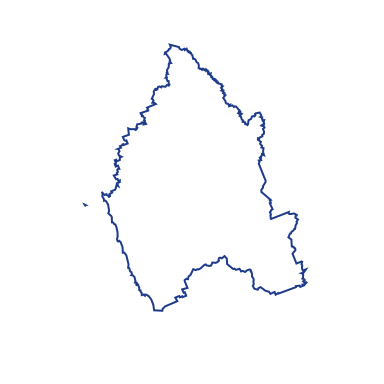 the district of Clarence Valley, New South Wales, Australia, rotated 149°
{"feature_id": "25037944B11916296746250", "entity_name": "Clarence Valley", "entity_type": "district", "adm_level": 2, "iso_a3": "AUS", "parent_name": "Australia", "parent_adm1": "New South Wales", "projection": "robinson", "projection_center": [152.635, -29.694], "detail": "fine", "context": "isolated", "style": "outline", "palette": "blue", "viewbox_px": 384, "rotation_deg": 149, "n_neighbors": 0, "source": "geoboundaries", "source_scale": "gbopen_adm2", "svg_char_len": 6084}
<svg xmlns="http://www.w3.org/2000/svg" viewBox="0 0 384 384"><g transform="rotate(149 192 192)"><path d="M135.1,329.7L135.5,327.3L136.7,326.2L138.4,326.3L139.2,325.5L141.0,325.3L143.2,325.5L144.2,324.4L143.0,324.2L142.6,317.9L142.9,316.1L143.8,315.7L143.5,313.3L145.6,314.1L147.7,311.0L150.8,309.3L151.4,307.3L152.0,307.3L151.9,305.7L152.8,306.2L153.7,305.7L154.8,303.6L155.5,303.5L154.7,302.9L155.5,302.1L155.9,299.9L154.9,299.1L156.3,296.7L156.0,295.9L157.1,295.6L156.5,294.5L158.5,296.6L160.6,295.9L163.2,298.1L164.5,297.5L165.4,299.1L167.1,299.5L168.9,297.8L169.5,298.1L169.0,298.6L170.2,299.2L170.6,298.1L171.7,298.6L173.0,297.9L174.2,295.5L178.5,292.6L177.8,291.6L177.9,290.2L180.0,288.9L178.3,287.7L177.7,286.0L187.0,287.5L186.9,285.9L187.7,285.6L187.7,284.4L195.5,286.1L195.6,285.4L194.8,284.9L195.9,282.9L194.9,282.5L195.0,280.9L194.3,279.7L196.3,278.1L195.7,277.3L196.4,276.4L196.3,274.0L198.9,274.9L198.1,276.5L198.5,277.2L199.6,277.5L200.5,276.8L204.2,278.2L205.8,276.7L205.7,275.5L206.8,275.4L206.6,274.6L208.3,274.2L209.1,275.6L212.2,277.4L213.9,279.4L216.6,273.6L222.9,274.8L223.4,271.4L222.7,270.2L221.7,270.0L222.2,266.7L226.3,267.5L226.2,268.4L226.9,268.5L227.0,267.9L230.0,268.4L230.0,266.6L233.4,267.1L232.9,266.7L233.2,264.2L235.4,263.1L235.8,260.9L234.3,258.5L236.0,258.8L237.4,256.6L240.7,257.1L240.4,258.8L241.8,259.0L242.2,256.1L243.8,255.9L244.2,253.4L243.3,253.7L243.4,253.0L241.9,252.7L242.4,249.3L243.5,249.9L244.8,249.4L245.1,247.5L246.7,247.0L246.9,245.6L250.5,246.4L250.5,242.1L249.1,241.4L249.4,239.2L247.9,239.1L248.8,237.7L251.8,238.1L252.2,235.1L253.1,236.8L256.6,233.5L260.9,234.2L260.8,232.6L263.7,232.7L264.3,230.7L265.1,230.5L265.7,230.6L265.8,232.3L266.7,233.3L266.5,234.2L268.6,234.6L269.4,238.7L269.3,236.9L271.2,234.3L271.1,231.8L271.9,229.8L271.0,229.6L270.4,228.3L270.4,224.4L272.8,218.5L274.7,216.8L273.6,213.1L273.7,211.7L276.3,207.2L275.2,206.4L275.3,204.6L274.4,203.7L274.8,201.1L276.5,196.0L278.8,191.9L280.5,190.4L281.1,188.2L280.6,187.5L279.5,187.6L279.0,185.7L280.0,180.3L282.6,175.6L281.3,175.0L280.9,171.5L283.7,162.6L285.8,159.9L285.0,159.0L285.9,155.9L285.2,154.3L286.0,152.3L286.8,152.0L285.5,150.7L285.1,148.7L286.4,144.6L287.5,143.7L286.2,142.8L286.1,141.8L287.3,141.5L287.5,140.8L286.0,140.1L286.6,136.9L287.7,135.3L286.8,134.1L287.5,133.2L287.1,131.6L288.1,129.5L286.6,129.2L285.9,127.6L285.4,128.4L284.0,127.5L282.7,124.9L282.3,120.9L283.2,115.4L285.4,110.1L278.6,105.5L277.4,106.9L273.9,107.8L260.8,106.0L260.7,110.1L256.5,109.4L256.7,108.0L254.1,107.6L254.3,106.7L250.4,106.1L249.8,109.7L251.0,109.9L250.6,113.6L245.3,112.1L244.1,119.6L243.6,120.3L241.4,120.5L240.4,119.4L238.4,121.4L235.9,121.7L230.7,125.2L228.9,123.0L227.3,123.1L226.5,122.3L224.1,122.1L218.8,123.2L217.5,122.8L217.5,121.8L215.4,119.8L213.5,119.1L210.8,121.1L208.3,119.1L206.6,118.8L204.3,119.3L204.3,120.1L202.8,121.4L201.7,121.2L200.6,119.8L197.1,120.3L196.5,116.9L199.0,112.2L196.4,104.8L195.0,104.4L194.5,102.7L190.8,101.7L190.8,98.6L189.1,98.2L187.7,96.1L185.0,96.5L182.4,95.9L181.8,94.6L182.7,93.6L182.2,92.9L182.9,90.5L184.1,88.6L183.9,86.2L184.5,84.5L185.3,84.0L186.7,81.0L188.2,80.2L188.4,77.2L187.5,76.0L185.9,74.4L184.4,75.4L182.2,75.1L180.0,69.7L177.3,66.7L177.2,64.3L172.7,63.8L173.2,60.9L170.2,61.0L170.2,60.4L151.9,56.9L151.4,57.8L147.9,56.3L148.1,54.9L144.4,54.3L144.7,55.6L142.8,54.8L140.5,55.4L140.8,56.1L142.2,56.2L142.7,58.2L140.7,58.5L140.9,59.7L142.0,60.9L140.9,61.5L139.3,63.9L139.1,64.7L140.1,66.0L137.8,65.4L134.2,67.0L137.5,67.6L137.0,70.1L135.3,72.3L135.4,73.7L133.5,75.4L133.8,76.0L139.3,76.9L137.6,87.4L133.3,88.9L132.6,90.6L133.5,92.1L133.2,92.7L134.5,93.9L131.3,100.1L132.7,103.5L129.4,105.9L128.4,105.6L127.3,106.6L124.8,106.8L123.6,107.6L122.6,107.3L120.3,110.1L118.0,111.3L117.7,112.7L115.3,113.8L116.6,116.7L115.7,118.0L114.3,117.9L114.0,118.4L115.5,121.0L119.3,122.5L120.1,123.4L120.2,124.3L119.4,125.0L138.9,128.3L138.0,128.6L137.0,131.4L136.0,131.9L135.6,134.6L134.6,134.7L133.7,135.7L131.8,135.7L131.1,142.3L130.0,142.1L129.6,144.8L128.6,144.6L132.5,156.3L131.3,158.2L128.8,159.2L128.4,160.3L123.9,162.6L123.1,163.7L120.2,181.8L118.6,183.1L118.5,184.6L116.3,183.8L116.2,186.3L115.2,185.8L114.9,186.9L113.4,187.2L112.6,188.5L111.3,186.5L110.5,189.7L108.1,192.8L109.6,194.4L108.2,195.4L108.8,198.3L107.1,199.6L108.6,202.7L107.8,204.1L106.9,203.1L105.9,203.8L103.0,203.5L102.5,204.7L100.4,204.9L99.1,206.8L98.7,209.5L96.7,209.9L96.6,211.4L97.3,212.1L96.3,212.0L96.0,212.5L97.1,213.3L95.0,213.3L94.4,215.3L93.4,216.2L94.3,216.3L94.1,217.1L94.6,217.1L94.3,218.9L93.4,219.8L94.6,221.1L93.9,221.1L93.1,222.2L93.1,225.3L97.0,226.6L97.9,226.5L98.2,225.1L99.5,224.6L100.5,225.6L101.8,225.8L103.7,224.2L106.5,224.4L109.3,221.1L110.1,220.9L110.5,222.2L111.4,222.8L110.6,224.3L112.4,226.0L111.3,226.9L112.0,228.4L111.3,231.1L112.0,232.6L109.4,233.4L110.9,234.5L109.2,235.5L109.2,236.5L110.9,235.1L111.7,235.8L109.5,237.2L109.9,240.9L110.3,242.6L111.5,243.5L112.3,243.3L112.7,245.4L115.7,246.3L114.5,247.3L115.7,247.6L115.7,249.0L117.0,250.2L117.1,251.2L116.5,252.8L116.8,256.6L113.5,257.8L114.3,258.9L113.2,259.9L114.4,260.9L113.1,262.1L114.4,263.6L113.2,263.6L113.7,264.3L113.1,264.8L113.4,266.3L111.1,266.8L111.9,268.0L111.1,269.0L113.2,271.3L113.2,272.3L113.7,271.7L114.1,272.3L114.8,275.1L113.8,275.3L113.9,276.3L115.2,276.8L114.0,278.1L114.9,277.6L116.0,278.2L115.2,280.8L115.9,280.1L117.1,280.8L115.9,280.7L115.5,281.9L116.2,283.1L114.9,284.1L116.0,284.5L116.6,283.9L117.2,284.7L116.4,285.1L116.8,285.7L116.2,286.2L116.6,286.7L115.9,287.3L116.1,288.3L117.0,288.5L116.9,289.8L117.5,289.4L117.4,290.0L118.4,290.0L118.6,291.4L119.2,291.2L119.5,292.0L120.5,291.6L120.7,292.9L121.6,293.2L121.5,293.7L122.5,294.8L120.9,297.1L120.4,299.2L121.2,301.2L120.8,303.7L121.6,305.2L122.4,305.5L121.2,309.2L121.6,310.0L121.3,311.7L122.0,312.0L121.7,313.2L122.7,313.5L122.4,314.6L123.3,314.8L122.8,317.6L125.0,317.4L124.8,318.7L127.6,319.0L128.9,321.3L128.5,322.9L135.1,329.7ZM289.9,235.5L290.5,236.4L290.5,235.7L289.9,235.5ZM290.5,236.5L290.9,237.3L290.6,236.3L290.5,236.5Z" fill="none" stroke="#1e3a8a" stroke-width="2"/></g></svg>